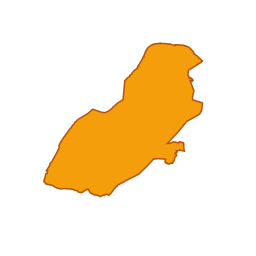 the district of Hof van Twente, Overijssel, Netherlands, rotated 325°
{"feature_id": "6326949B30942304691206", "entity_name": "Hof van Twente", "entity_type": "district", "adm_level": 2, "iso_a3": "NLD", "parent_name": "Netherlands", "parent_adm1": "Overijssel", "projection": "robinson", "projection_center": [6.584, 52.236], "detail": "fine", "context": "isolated", "style": "filled", "palette": "amber", "viewbox_px": 256, "rotation_deg": 325, "n_neighbors": 0, "source": "geoboundaries", "source_scale": "gbopen_adm2", "svg_char_len": 5396}
<svg xmlns="http://www.w3.org/2000/svg" viewBox="0 0 256 256"><g transform="rotate(325 128 128)"><path d="M152.4,87.5L147.6,93.3L140.2,101.9L134.2,101.6L127.3,102.4L125.7,102.8L122.5,103.0L119.3,102.5L118.3,102.4L116.1,100.7L114.8,99.2L109.9,92.5L108.7,92.5L102.6,93.3L102.6,93.0L99.2,92.9L98.6,92.7L97.4,92.8L96.6,92.7L95.4,92.5L93.3,92.3L91.9,92.5L91.4,92.4L91.0,92.4L90.7,92.5L90.0,92.7L88.9,92.9L88.2,92.7L87.8,92.9L87.3,93.3L86.3,93.7L84.3,94.0L83.2,94.3L82.3,95.0L80.8,95.3L80.7,95.2L75.0,97.1L72.2,98.0L72.0,98.3L69.4,99.0L68.0,99.6L67.3,100.0L66.6,100.2L65.1,100.8L64.9,101.1L64.6,101.0L64.4,101.3L63.6,101.5L61.1,103.0L60.9,104.2L58.2,105.9L56.3,106.9L56.3,107.0L55.5,107.4L47.9,111.1L47.2,111.6L43.5,112.5L42.1,113.9L40.9,114.4L40.7,114.4L36.5,116.2L36.5,116.3L36.8,116.4L37.8,116.8L36.4,118.1L35.8,118.8L34.5,118.3L33.8,119.0L31.3,121.2L29.6,122.3L28.7,123.3L28.8,123.3L28.7,124.4L28.6,126.4L28.8,126.5L28.9,127.0L29.0,127.2L29.8,128.0L30.9,129.2L32.7,130.9L33.6,132.6L34.3,134.4L34.5,134.7L34.7,135.1L35.2,135.8L35.6,136.8L35.9,137.1L37.4,138.7L37.9,139.2L38.4,139.6L38.9,139.8L40.1,140.6L40.6,140.8L40.8,141.1L41.1,141.2L41.3,141.4L41.6,141.4L42.4,141.9L42.6,142.2L42.8,142.7L42.9,142.8L43.7,143.2L43.9,143.4L44.8,144.0L45.9,145.1L46.4,145.4L47.3,146.5L47.9,146.9L48.0,147.5L48.4,147.6L48.5,147.9L48.7,148.1L48.9,148.8L49.2,149.2L49.7,149.7L50.4,150.2L50.7,150.9L50.5,151.7L51.0,152.4L51.4,153.1L52.4,153.8L52.6,154.1L52.8,154.2L53.5,154.2L53.9,154.4L54.8,154.6L55.2,154.5L55.6,154.6L55.9,154.4L56.2,154.3L57.4,154.5L58.1,154.8L58.8,154.6L59.2,154.8L59.5,154.8L59.6,155.1L60.5,155.4L60.5,155.5L60.2,155.8L60.0,156.2L60.2,157.0L60.2,157.3L60.1,157.6L60.1,157.8L60.0,158.2L60.1,158.5L59.9,159.0L60.1,159.7L60.2,160.1L60.3,160.4L60.5,160.6L61.0,161.6L61.6,162.4L62.1,163.7L62.4,164.0L62.8,164.1L64.0,165.2L64.3,165.7L64.8,166.0L65.7,168.2L66.5,168.4L68.1,168.6L69.1,168.9L69.6,169.2L69.8,169.5L70.0,169.6L71.3,169.5L72.0,169.8L72.6,170.0L73.3,171.1L73.5,171.3L73.5,171.9L74.1,172.0L75.4,172.0L78.4,171.2L80.7,170.3L81.2,170.2L84.9,169.2L85.8,169.0L86.3,168.9L86.3,169.0L86.4,168.9L88.5,168.9L88.6,169.1L91.2,169.3L92.4,169.7L95.9,169.9L105.3,171.2L106.9,171.5L110.7,171.9L122.1,170.1L129.9,168.4L130.3,168.3L130.9,168.2L131.1,168.0L131.4,168.0L131.7,168.1L132.1,168.4L131.8,168.5L132.2,168.6L132.4,168.6L133.2,169.3L133.2,169.5L133.3,169.6L133.7,169.6L134.2,169.8L134.3,169.9L134.8,170.0L135.8,170.9L136.3,171.5L138.3,172.9L140.8,175.1L140.7,175.6L140.0,175.9L139.5,176.3L139.2,176.9L138.8,177.6L139.0,177.9L139.1,178.0L138.8,178.0L139.3,178.9L140.1,179.9L140.0,180.1L140.2,180.3L140.3,180.3L140.7,180.7L141.1,181.1L141.4,181.4L142.5,181.0L143.4,181.8L143.7,182.0L144.2,182.5L145.3,181.9L145.3,181.7L145.8,181.5L146.2,181.5L147.2,181.0L148.2,180.2L149.9,178.6L151.0,178.7L151.3,178.6L151.8,178.4L151.8,178.1L152.2,177.9L152.4,177.7L152.3,177.4L152.4,177.1L152.6,176.9L152.6,176.6L152.8,176.3L152.6,176.1L151.9,175.8L152.3,175.5L152.9,175.7L153.0,175.7L153.3,175.6L154.3,175.9L154.5,175.6L155.1,175.2L155.0,174.7L155.1,174.8L155.5,175.1L156.0,175.3L156.6,175.4L157.7,175.8L160.9,179.3L161.8,177.1L165.0,172.2L164.4,171.5L164.5,171.4L164.0,170.7L162.3,168.8L161.5,169.2L161.0,169.0L160.5,168.8L160.0,168.2L159.7,168.0L159.5,167.5L159.1,167.2L158.9,166.8L158.0,166.3L157.7,166.0L157.4,165.4L156.8,165.4L156.4,165.2L155.1,165.1L153.9,164.8L153.4,164.6L153.4,164.4L152.7,164.0L152.7,163.9L152.4,163.6L152.0,163.4L151.5,163.2L168.4,159.6L179.6,156.3L194.6,157.7L198.2,156.0L203.4,150.2L197.3,142.3L198.0,140.3L203.3,135.4L205.7,126.0L205.8,125.9L205.8,125.7L206.2,124.2L206.3,124.7L206.5,125.1L207.2,125.6L207.1,126.0L207.0,126.3L207.1,126.5L207.6,126.5L208.5,126.4L208.6,125.8L208.8,125.6L208.7,125.1L208.3,124.7L208.6,124.4L208.6,124.0L208.2,123.6L207.9,122.1L206.7,122.3L207.7,118.5L208.7,117.7L208.9,117.4L210.4,115.4L222.6,116.0L222.6,115.9L222.7,116.0L223.7,116.1L224.5,116.1L224.8,116.2L225.0,116.1L225.7,116.1L226.5,116.0L227.4,115.7L226.9,115.2L227.2,114.9L226.6,111.7L226.2,111.6L226.4,111.3L226.1,109.9L226.1,109.5L225.9,108.6L225.7,108.0L225.2,107.0L225.2,106.6L225.2,106.4L225.0,106.0L225.0,105.5L224.4,104.8L224.9,104.6L225.2,103.2L225.2,102.5L224.7,102.3L224.8,102.3L225.2,101.7L225.0,101.4L224.8,99.9L224.8,99.4L224.7,99.3L224.6,98.6L224.4,97.6L223.9,96.3L223.8,96.2L223.1,94.8L222.6,94.3L222.5,93.9L222.2,93.7L221.9,93.9L221.4,92.6L220.8,92.0L218.7,90.2L218.3,89.9L218.2,89.8L218.3,89.8L218.0,89.7L217.2,89.0L215.5,87.6L215.1,87.4L214.4,87.5L214.3,86.9L213.5,87.1L213.5,86.6L212.7,86.1L212.4,85.9L211.8,85.1L211.2,84.1L211.0,83.7L210.6,83.3L210.5,83.1L210.1,82.9L209.8,83.0L209.7,82.7L209.3,82.6L209.1,82.2L208.8,81.9L208.3,81.4L207.3,80.7L207.2,80.5L206.2,79.6L203.2,77.4L203.1,77.2L202.7,77.2L202.8,76.9L202.7,76.9L201.9,76.5L201.7,76.5L201.7,76.4L199.5,75.2L199.4,75.1L199.0,74.9L197.9,74.3L197.3,74.1L196.8,74.2L196.7,73.9L196.4,73.9L194.6,73.5L193.5,73.5L192.2,73.5L191.0,73.6L189.8,73.9L189.0,74.2L188.6,74.4L188.5,74.6L188.3,74.5L187.5,74.9L187.3,75.1L187.1,75.0L185.7,75.7L185.7,75.8L184.5,76.6L184.3,76.8L183.1,77.5L182.1,78.1L181.5,78.4L181.6,78.7L181.3,78.5L179.2,79.8L177.1,80.8L173.1,82.5L172.9,82.5L172.5,82.7L172.5,82.8L172.4,82.7L171.3,83.1L171.0,83.8L168.0,84.6L167.2,84.3L165.1,84.7L162.0,85.6L161.6,86.2L161.1,86.0L160.2,86.0L159.9,85.9L159.4,86.0L158.7,86.9L158.1,86.7L156.7,86.5L152.4,87.5Z" fill="#f59e0b" stroke="#b45309" stroke-width="1.5"/></g></svg>